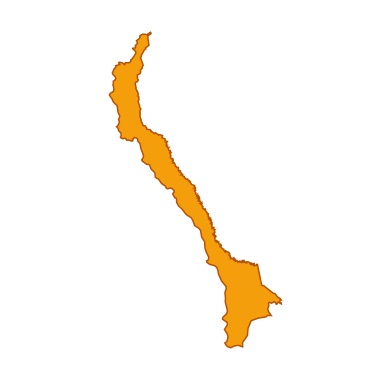 the district of Benjamin Constant, Amazonas, Brazil, rotated 130°
{"feature_id": "56859067B4861181831947", "entity_name": "Benjamin Constant", "entity_type": "district", "adm_level": 2, "iso_a3": "BRA", "parent_name": "Brazil", "parent_adm1": "Amazonas", "projection": "robinson", "projection_center": [-70.409, -5.498], "detail": "fine", "context": "isolated", "style": "filled", "palette": "amber", "viewbox_px": 384, "rotation_deg": 130, "n_neighbors": 0, "source": "geoboundaries", "source_scale": "gbopen_adm2", "svg_char_len": 6106}
<svg xmlns="http://www.w3.org/2000/svg" viewBox="0 0 384 384"><g transform="rotate(130 192 192)"><path d="M181.1,224.4L181.0,224.8L181.7,225.5L180.9,226.4L181.1,226.9L180.5,226.9L180.5,226.4L179.8,226.6L178.9,227.9L179.1,228.9L179.7,228.9L179.3,230.9L177.5,231.7L177.4,232.7L176.9,232.8L176.6,233.7L175.5,233.4L175.9,234.4L174.8,234.3L174.4,235.1L174.9,235.1L175.1,235.9L174.5,237.2L174.1,237.4L173.7,238.6L173.0,238.5L173.5,239.0L173.1,239.5L173.4,240.7L173.0,241.6L172.0,241.2L172.2,242.0L170.6,242.9L170.9,243.6L169.2,243.4L170.2,245.6L168.6,246.7L169.7,249.7L168.8,250.5L167.8,250.7L167.8,251.6L168.4,252.0L168.8,253.6L169.8,254.1L169.6,255.2L170.0,255.5L170.1,258.1L171.5,258.5L171.5,260.9L172.1,262.2L171.2,262.8L171.5,263.4L171.2,264.2L173.0,267.0L172.0,268.0L171.5,270.5L172.4,271.8L172.3,273.1L171.4,273.8L170.5,276.6L169.6,277.1L167.4,280.7L164.8,282.4L164.4,283.4L161.1,284.7L161.0,286.3L159.7,287.5L157.5,291.2L157.0,291.7L155.2,292.0L154.7,292.9L153.4,293.7L153.4,295.3L151.8,295.7L150.1,298.3L150.3,299.1L149.6,299.5L148.9,301.5L148.1,301.8L145.5,305.2L144.0,305.6L142.7,304.8L140.7,305.1L140.0,306.9L137.2,309.1L134.8,307.9L133.1,308.4L131.8,309.8L129.1,309.7L128.4,310.5L126.3,310.8L122.0,318.1L121.2,317.8L119.7,318.7L113.8,319.8L112.1,319.4L111.6,320.2L107.2,319.3L102.6,324.6L100.5,326.2L97.3,325.2L96.6,325.5L96.4,326.6L100.7,327.7L101.4,329.5L102.7,331.1L104.3,331.9L106.0,332.3L107.2,331.1L108.0,331.0L111.8,331.8L112.7,329.8L113.6,329.4L116.4,329.5L117.1,328.4L117.9,328.0L120.1,329.8L120.5,329.0L120.4,326.0L121.7,324.2L128.4,323.4L130.1,323.8L131.5,322.7L133.3,323.2L135.9,326.2L137.7,325.5L137.8,328.4L139.3,331.1L140.2,331.2L140.8,329.4L144.4,331.7L145.4,330.5L147.4,330.9L151.8,329.6L152.6,328.9L153.2,324.7L154.3,323.2L155.2,322.9L157.8,323.5L159.1,322.2L160.7,321.5L162.8,318.4L165.5,316.8L169.2,318.1L170.9,317.5L172.2,312.8L173.7,309.9L173.9,305.4L174.5,304.2L178.3,300.2L180.1,296.4L180.9,295.7L183.9,294.8L184.7,292.9L185.5,292.4L188.8,291.4L190.5,291.8L190.7,289.8L192.4,287.1L192.4,284.8L193.0,283.7L194.4,282.5L196.1,282.1L196.2,281.0L195.7,279.1L194.1,278.3L193.7,277.3L194.3,275.3L192.9,273.8L191.8,270.9L191.1,270.3L190.2,270.7L189.8,271.5L189.2,271.1L187.4,271.2L186.4,269.3L186.4,267.9L186.7,267.1L187.6,266.8L187.9,265.9L188.4,262.9L191.5,259.1L195.1,252.8L196.8,251.5L199.6,251.2L200.2,250.4L200.0,244.6L198.7,242.8L198.6,241.7L200.6,238.4L201.2,232.7L204.1,229.8L204.2,228.5L203.6,225.9L205.1,220.9L204.6,216.3L205.6,214.1L205.2,212.7L202.9,211.2L202.2,209.5L202.4,206.8L203.7,205.5L205.6,205.7L206.2,205.0L207.5,201.3L206.9,200.4L207.3,199.4L209.9,197.0L211.3,193.3L211.5,188.8L213.0,182.0L212.2,175.9L213.4,172.9L216.0,168.4L215.4,163.3L216.0,160.7L220.4,155.5L221.9,150.5L226.7,145.9L229.0,142.2L231.2,137.2L233.7,135.8L235.4,136.6L236.3,135.4L236.1,132.1L233.9,127.3L233.8,124.7L235.5,121.6L237.8,119.0L241.1,112.3L242.6,105.0L244.2,103.6L247.9,102.1L251.7,98.2L254.8,95.9L260.2,88.5L263.0,87.2L268.2,87.8L269.8,86.9L269.4,81.3L270.2,80.1L271.4,79.5L276.4,78.8L278.2,73.5L279.9,71.2L284.3,69.1L286.5,69.8L287.5,67.0L287.6,65.3L286.3,62.1L282.3,60.4L279.7,57.9L277.9,53.1L277.8,54.0L274.8,56.5L266.4,57.3L260.3,61.5L252.6,63.9L246.2,60.3L240.0,55.0L238.0,54.8L235.7,51.9L234.7,55.8L233.0,58.8L230.0,59.9L227.8,62.0L226.7,61.7L226.1,59.6L223.2,58.5L223.0,56.7L223.9,55.4L222.9,54.8L221.3,55.3L220.8,54.4L220.3,51.7L219.7,52.4L219.8,53.8L219.1,54.6L218.2,55.0L217.4,54.2L217.0,55.7L217.4,59.0L216.5,63.1L217.4,65.0L217.7,77.0L218.7,78.6L205.4,95.4L205.9,95.9L206.9,95.5L207.3,96.4L208.5,96.8L206.8,98.4L207.5,99.0L207.8,98.1L209.1,98.9L209.2,99.3L208.3,99.6L208.4,101.2L208.7,101.2L208.9,100.2L209.9,100.6L209.2,102.0L209.1,103.2L209.9,104.8L210.3,105.1L210.6,104.5L211.6,104.8L211.0,105.5L211.9,106.5L211.2,107.3L211.1,108.3L211.4,108.6L212.0,107.4L213.2,107.7L213.2,109.2L214.2,108.8L214.8,110.2L214.1,110.1L214.1,111.0L216.3,111.6L215.5,112.9L216.3,113.8L217.3,113.5L216.2,114.4L216.2,114.8L217.1,114.5L217.3,114.8L217.3,116.2L216.6,116.4L216.9,117.1L215.8,117.1L215.5,117.6L216.6,118.1L217.2,119.2L218.3,119.2L218.5,119.8L216.7,121.1L217.0,122.1L216.7,122.8L216.3,121.5L216.1,122.5L214.9,123.6L214.6,125.3L215.4,126.2L215.1,126.9L215.5,128.7L216.1,128.7L216.1,127.9L216.7,127.8L216.2,129.8L215.4,130.9L216.0,132.4L215.5,133.9L215.8,135.5L214.8,136.0L214.6,135.8L215.1,135.2L214.1,135.1L213.6,136.5L214.4,136.9L214.3,138.5L213.1,139.3L214.2,140.4L213.3,140.7L213.4,142.0L213.7,142.0L213.6,141.2L214.8,142.0L214.7,142.5L212.7,145.0L211.0,145.1L211.8,146.1L211.5,146.7L210.7,145.8L210.3,145.9L210.3,147.6L211.2,148.1L211.2,148.8L210.4,149.2L209.8,148.3L208.9,148.4L208.8,148.9L208.1,148.6L207.0,150.2L206.2,150.2L206.5,150.6L206.1,151.6L207.2,153.2L207.0,153.5L206.3,152.7L205.2,152.6L206.0,153.9L205.5,154.9L204.0,155.7L204.3,156.7L204.0,157.8L203.5,157.6L203.9,156.3L203.4,156.3L202.7,156.9L203.1,157.6L202.1,158.1L202.3,159.2L201.0,159.4L200.9,159.9L201.7,160.4L200.9,160.7L201.5,160.9L201.9,162.1L200.1,162.1L200.5,163.8L198.2,165.4L199.0,166.4L198.0,167.3L197.5,170.4L196.8,170.3L196.4,171.2L197.2,171.4L197.7,173.2L196.3,174.1L195.7,176.8L194.4,176.7L194.2,177.3L195.3,177.7L195.7,178.6L194.0,178.3L194.4,178.8L194.0,179.7L194.7,181.3L193.5,181.0L194.0,182.0L193.8,182.2L192.5,182.0L192.1,182.1L192.7,183.2L191.9,182.7L191.3,183.1L190.8,184.6L192.2,184.0L192.3,184.5L192.2,185.3L191.4,185.0L191.5,186.2L190.6,186.6L191.3,186.9L191.2,188.0L190.1,188.7L189.5,190.9L188.2,190.4L188.2,191.3L186.6,191.9L186.5,192.5L187.4,193.0L186.5,193.0L185.5,194.1L186.0,194.3L185.8,195.2L186.5,197.0L185.9,198.9L186.0,199.8L185.2,199.8L185.1,201.7L185.7,202.0L184.9,203.6L185.5,203.8L186.1,204.9L185.5,205.6L186.1,206.9L185.1,207.9L185.6,209.6L184.6,210.5L185.7,211.3L184.6,211.3L184.7,212.5L184.0,213.1L184.6,214.1L183.7,214.5L184.4,214.8L183.9,215.6L184.4,216.0L184.3,216.3L183.7,216.0L183.7,216.7L182.0,218.3L182.9,219.4L182.6,220.4L183.0,220.9L181.2,223.7L181.8,224.8L181.1,224.4ZM211.4,108.6L212.2,109.3L212.6,109.1L212.7,108.2L211.4,108.6ZM216.6,116.4L216.5,115.4L215.6,115.4L215.7,115.8L216.6,116.4Z" fill="#f59e0b" stroke="#b45309" stroke-width="1.5"/></g></svg>